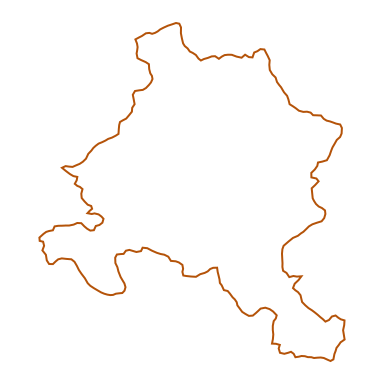 Campestre, Minas Gerais, Brazil
{"feature_id": "56859067B89566342102842", "entity_name": "Campestre", "entity_type": "district", "adm_level": 2, "iso_a3": "BRA", "parent_name": "Brazil", "parent_adm1": "Minas Gerais", "projection": "orthographic", "projection_center": [-46.226, -21.716], "detail": "fine", "context": "isolated", "style": "outline", "palette": "amber", "viewbox_px": 384, "rotation_deg": 0, "n_neighbors": 0, "source": "geoboundaries", "source_scale": "gbopen_adm2", "svg_char_len": 4391}
<svg xmlns="http://www.w3.org/2000/svg" viewBox="0 0 384 384"><path d="M39.4,237.6L39.7,240.9L43.1,241.7L44.1,245.8L42.4,250.4L45.9,254.8L46.8,260.4L49.1,264.0L52.9,264.1L55.8,261.3L58.2,259.3L61.8,258.4L66.3,258.9L71.4,259.3L74.5,261.8L76.9,265.9L78.9,270.0L81.4,273.7L84.9,278.3L87.7,283.2L90.3,285.8L94.1,288.3L98.0,290.6L101.1,292.4L104.2,293.7L107.3,294.6L110.3,295.1L113.1,294.9L115.9,293.7L119.2,293.3L122.3,293.0L124.5,290.7L125.5,287.2L124.4,283.4L122.7,280.6L120.6,277.0L118.4,271.4L117.4,267.2L115.4,263.1L115.2,257.7L116.9,254.5L120.4,254.1L123.6,253.9L125.9,250.7L129.4,249.9L132.4,250.8L136.4,252.0L141.0,251.1L142.6,247.7L147.3,248.2L152.0,250.7L156.8,252.8L160.6,254.0L164.3,254.7L168.3,256.7L170.9,260.9L175.7,261.3L178.8,262.4L182.4,264.9L183.1,268.8L182.4,271.9L183.3,275.5L186.2,276.0L190.9,276.5L196.0,276.8L200.2,274.2L204.7,272.9L207.7,271.4L210.2,269.0L213.2,267.8L217.1,267.7L217.7,272.0L218.7,276.0L219.5,279.4L219.9,283.0L221.7,285.3L223.9,290.1L227.7,291.0L229.9,293.6L232.6,297.3L234.8,299.4L236.7,302.2L237.4,305.4L239.5,308.2L242.2,311.9L245.5,314.0L248.9,315.9L252.8,315.6L255.7,313.2L258.0,311.1L260.6,308.6L265.3,307.7L269.6,309.1L273.1,311.5L276.7,315.3L275.8,318.5L273.7,321.1L272.8,325.9L272.8,330.0L273.3,334.4L272.9,339.1L272.0,343.6L276.0,343.8L279.8,344.9L278.7,348.5L280.0,352.8L284.3,353.8L288.1,352.8L291.0,351.8L293.7,353.8L295.4,357.2L298.8,356.7L301.5,356.0L304.9,356.2L307.8,357.1L311.3,357.2L314.0,358.0L317.2,357.7L320.7,357.5L323.8,358.0L327.1,359.5L330.4,361.0L333.4,359.4L334.4,354.1L335.6,351.0L336.5,347.9L338.7,345.1L340.6,342.3L344.6,339.5L343.8,334.5L343.1,330.2L344.2,325.1L344.5,320.4L340.8,319.3L338.4,317.8L335.6,315.5L331.9,316.5L329.0,320.0L325.4,321.6L322.8,319.1L320.3,317.1L317.6,314.7L314.5,312.2L311.8,310.2L308.5,308.1L305.3,305.3L302.1,302.0L301.4,299.1L300.5,295.2L298.0,292.1L295.4,290.3L293.0,288.1L294.7,283.7L298.6,280.0L301.4,276.3L296.9,276.6L293.4,276.0L289.3,277.1L286.5,272.9L283.1,270.8L282.4,267.0L282.5,263.2L282.3,259.7L282.0,253.7L282.4,249.2L283.6,245.8L285.8,243.9L288.8,241.3L293.0,237.9L297.9,235.8L300.9,233.4L303.4,231.8L306.4,228.9L308.9,226.4L312.4,224.3L317.0,222.7L321.6,221.3L324.2,218.1L325.4,214.0L325.0,210.4L321.9,208.0L318.7,206.5L316.0,204.0L314.0,200.9L312.7,198.3L312.1,192.4L311.7,188.3L315.1,185.1L318.6,181.3L316.4,178.5L311.4,177.4L311.3,172.9L314.8,169.5L317.3,165.9L318.0,162.5L322.3,161.6L326.9,160.2L329.6,155.3L331.3,150.4L332.5,147.4L334.5,144.0L336.8,139.9L340.1,137.0L341.6,133.5L341.9,128.0L340.2,124.5L336.0,123.6L332.8,122.4L329.9,121.4L326.6,120.6L323.7,118.8L321.0,115.5L316.4,115.3L313.1,115.2L310.6,112.6L307.0,111.7L303.3,111.9L298.9,110.7L295.6,108.1L292.8,106.2L289.6,104.2L288.4,99.4L287.1,95.8L284.1,92.4L282.6,89.9L281.1,87.3L279.1,84.9L277.0,82.0L275.6,77.5L272.3,74.3L269.8,70.0L269.3,64.9L269.7,60.2L267.7,55.9L266.2,53.1L264.4,49.5L260.4,49.1L257.4,51.2L254.2,52.5L252.5,57.4L248.9,57.1L245.1,54.7L241.6,57.7L236.6,56.6L231.8,54.8L228.2,54.7L224.6,55.1L221.8,56.6L218.9,58.8L215.1,56.2L211.7,56.4L207.9,57.9L204.0,59.0L200.9,60.5L198.5,58.6L195.9,55.0L192.7,52.9L189.8,51.5L187.6,48.4L184.8,46.1L183.1,43.4L181.9,38.4L180.9,33.2L181.0,27.4L179.3,23.7L176.0,23.0L172.2,24.3L167.9,25.7L163.7,27.6L160.2,29.4L157.7,31.4L155.0,32.9L152.1,33.8L149.4,32.9L145.9,33.3L141.9,36.0L139.1,37.4L135.4,39.4L137.0,43.5L137.6,47.1L137.2,50.2L136.6,53.5L137.5,58.2L141.0,60.0L145.7,62.1L148.9,64.2L149.2,69.1L150.3,73.4L151.9,75.8L152.5,79.0L151.0,82.4L148.9,85.0L146.0,88.0L142.8,89.9L139.4,90.3L135.0,91.0L132.8,94.8L133.6,98.8L134.6,104.2L132.2,107.8L131.9,111.7L129.0,115.3L126.2,118.6L122.7,120.4L120.0,122.0L119.2,125.0L118.8,129.1L118.5,133.9L115.7,135.7L112.0,137.6L108.2,138.9L105.4,140.6L102.1,142.2L98.6,143.6L95.7,145.8L93.3,148.0L91.3,150.7L88.3,153.8L86.0,158.7L82.8,161.8L79.6,163.9L76.2,165.3L72.6,166.9L69.0,166.6L65.6,166.1L62.0,167.8L65.9,171.0L70.0,174.1L73.4,176.1L77.3,176.9L76.7,180.3L74.8,183.8L77.3,185.9L79.9,186.9L82.5,189.1L81.3,193.7L81.7,198.0L84.5,201.4L87.7,204.7L91.2,206.0L92.1,208.8L89.5,211.0L87.5,213.2L91.8,214.0L94.5,213.4L98.6,214.4L101.4,216.5L103.5,218.8L102.4,222.7L99.4,225.0L95.8,226.0L93.9,230.2L90.3,230.6L87.1,228.7L84.4,226.4L81.3,223.2L77.2,223.0L73.7,224.6L69.3,225.5L66.4,225.5L62.4,225.7L58.2,225.8L54.6,226.4L52.9,230.3L49.1,231.0L46.2,231.9L43.5,233.9L39.4,237.6Z" fill="none" stroke="#b45309" stroke-width="2"/></svg>